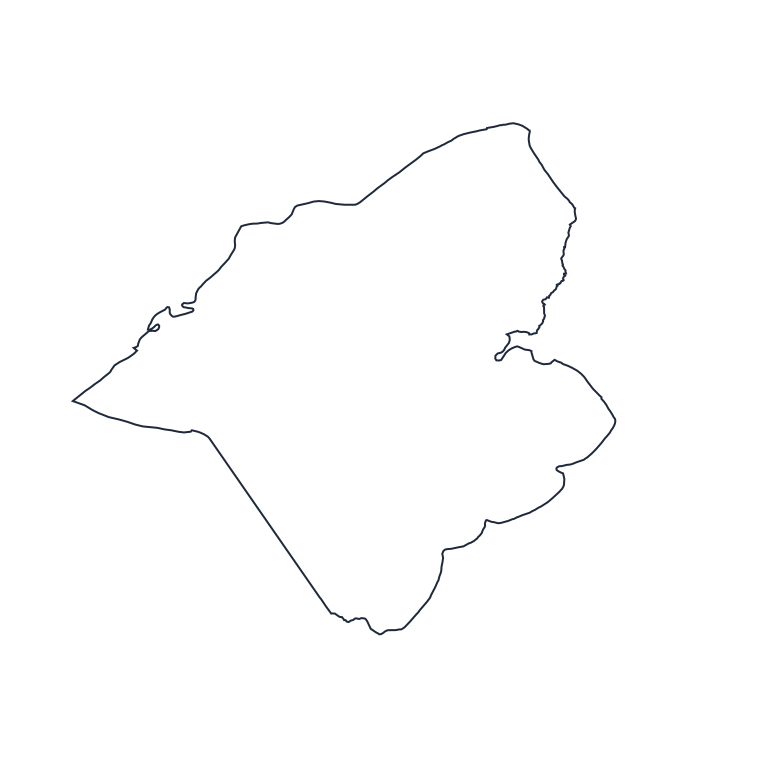 Prasat Sambour, Kâmpóng Thum, Cambodia, rotated 55°
{"feature_id": "14789045B86193170261556", "entity_name": "Prasat Sambour", "entity_type": "district", "adm_level": 2, "iso_a3": "KHM", "parent_name": "Cambodia", "parent_adm1": "Kâmpóng Thum", "projection": "natural_earth1", "projection_center": [105.145, 12.863], "detail": "fine", "context": "isolated", "style": "outline", "palette": "slate", "viewbox_px": 768, "rotation_deg": 55, "n_neighbors": 0, "source": "geoboundaries", "source_scale": "gbopen_adm2", "svg_char_len": 6165}
<svg xmlns="http://www.w3.org/2000/svg" viewBox="0 0 768 768"><g transform="rotate(55 384 384)"><path d="M217.7,609.2L218.3,614.8L218.2,620.6L218.5,627.1L218.4,632.6L219.5,648.7L229.8,641.4L238.0,637.8L244.1,634.5L253.2,628.5L261.2,621.3L267.7,616.0L274.8,610.8L280.4,605.9L290.1,594.6L295.2,589.9L300.2,584.5L305.3,579.7L308.9,575.7L312.2,569.7L311.7,567.9L316.3,563.9L318.4,562.4L321.9,560.3L326.2,558.5L328.4,558.2L522.0,559.1L524.0,558.9L532.7,559.1L541.8,558.9L542.3,557.9L543.9,555.9L548.2,554.4L549.6,553.7L550.8,552.1L551.5,552.2L552.7,551.9L554.6,552.1L555.4,550.9L557.2,550.8L558.6,549.7L558.8,548.7L558.7,547.1L559.6,544.6L559.5,542.0L560.5,540.7L561.7,539.7L562.3,539.0L562.8,536.8L565.1,534.2L566.7,533.8L569.0,533.9L576.9,535.3L582.9,533.0L585.2,531.8L586.3,531.5L587.3,529.6L587.4,527.3L587.3,524.4L587.9,522.0L592.2,515.8L593.8,512.3L595.0,510.4L595.1,507.8L595.0,506.3L593.7,499.7L591.4,490.3L590.7,486.9L589.8,484.4L587.0,473.5L585.5,468.9L583.8,466.3L579.8,458.6L576.7,453.5L576.2,452.2L573.1,448.6L571.5,446.1L569.6,444.0L566.7,441.7L563.4,438.2L560.3,435.3L556.6,433.7L554.9,431.3L554.7,428.8L555.8,426.4L557.5,423.6L560.6,416.3L562.6,412.0L563.2,405.9L563.8,404.0L564.2,400.4L564.0,398.3L564.0,396.4L563.4,395.0L563.0,392.2L562.1,389.3L560.9,387.7L559.9,386.0L559.0,383.7L558.2,382.6L556.1,381.3L555.1,380.0L554.2,378.7L554.5,377.7L557.5,375.8L559.3,374.3L560.3,373.1L563.5,370.4L564.8,368.0L567.1,361.6L567.7,359.5L568.3,356.6L569.0,354.9L569.3,353.3L569.4,351.6L569.8,350.6L570.8,346.0L573.0,338.4L573.2,335.3L573.7,332.8L573.9,328.7L574.4,325.4L574.7,317.5L574.1,311.1L572.9,302.2L572.3,299.8L572.1,298.4L570.8,295.7L569.8,294.4L565.2,290.7L559.9,288.6L558.5,289.6L555.7,291.1L553.5,291.9L552.0,291.2L551.6,290.3L551.6,289.3L551.8,288.0L552.3,286.8L553.1,285.8L555.0,280.9L556.9,277.4L557.6,275.2L558.5,271.3L560.7,263.7L560.6,262.1L560.7,259.6L560.1,253.6L558.8,246.8L556.9,239.3L555.1,233.7L554.8,232.0L553.5,227.1L552.3,224.6L551.1,221.3L549.1,217.8L547.8,216.4L546.5,215.4L545.1,214.8L543.0,214.9L539.9,214.5L535.8,214.3L533.3,214.4L529.0,213.9L524.7,213.9L520.8,214.4L519.6,213.4L517.4,214.0L507.7,215.6L498.5,216.0L495.2,215.9L492.8,216.0L488.5,216.7L483.7,218.2L478.3,220.8L474.8,222.8L470.2,226.0L468.2,226.6L464.8,229.1L462.1,230.3L462.1,231.5L462.3,234.4L462.7,235.4L462.2,237.1L459.3,242.0L456.0,244.6L451.4,247.4L449.5,247.4L443.0,245.2L441.6,244.3L439.7,245.5L436.6,248.9L431.2,252.1L429.5,253.4L428.7,255.9L428.0,259.6L427.9,262.9L428.4,266.4L431.5,274.2L430.9,276.0L429.1,278.4L426.9,278.2L424.7,276.4L424.2,273.3L425.5,270.0L425.5,267.9L424.9,265.8L423.8,264.1L422.0,258.1L420.2,255.9L418.4,254.7L416.8,254.0L413.8,254.9L416.1,246.8L416.9,245.5L416.9,244.3L418.6,243.3L420.1,241.8L421.2,239.9L422.7,238.0L423.9,237.0L425.7,236.0L426.7,236.6L428.1,234.5L428.5,232.2L429.3,231.0L429.8,229.7L428.5,228.6L427.6,227.3L427.7,226.3L427.1,225.7L426.9,224.4L425.4,223.5L425.6,222.6L425.1,219.9L424.7,218.8L423.9,217.7L422.9,217.2L422.7,216.3L421.9,214.8L421.1,214.1L420.5,213.0L417.8,212.2L412.7,208.7L411.8,208.9L411.0,208.1L411.2,206.8L410.1,206.9L409.2,207.5L407.3,207.3L406.8,206.6L406.4,205.6L406.5,204.7L407.1,203.4L407.1,202.3L406.5,200.7L407.9,199.5L407.3,198.6L406.6,198.3L406.3,196.3L405.5,195.3L405.6,192.5L405.0,191.2L405.0,189.5L404.6,188.3L403.2,186.7L403.1,185.6L401.9,185.6L401.9,184.7L402.6,183.4L402.2,182.5L402.7,181.8L402.1,181.0L401.5,179.5L402.0,178.6L402.1,177.4L401.3,177.0L400.6,177.1L399.6,176.0L399.2,174.7L399.2,173.5L397.6,173.8L396.9,173.3L397.9,171.5L396.1,170.9L395.0,170.1L393.6,170.3L390.7,169.8L389.3,169.8L388.7,168.8L387.7,168.8L384.8,167.3L383.5,167.2L382.7,166.7L381.6,163.4L381.0,162.4L378.3,160.9L377.3,160.1L376.9,159.0L375.2,158.0L375.8,157.2L372.8,154.6L371.6,153.2L370.2,151.3L368.7,147.6L367.3,146.7L365.8,146.2L362.7,142.3L361.8,140.5L360.0,140.3L360.1,134.0L359.3,132.5L358.2,131.6L356.5,131.0L352.3,129.0L350.5,127.6L349.7,126.6L348.7,127.1L346.2,126.8L344.4,126.8L341.7,127.5L339.9,127.3L337.7,127.5L333.8,128.6L321.7,129.4L315.6,129.6L306.0,129.4L300.7,129.8L294.8,129.1L291.4,129.3L288.6,128.9L280.8,128.8L275.0,128.4L272.4,128.0L267.9,125.9L265.8,124.6L262.5,121.6L261.5,120.4L260.8,119.7L259.9,119.3L259.0,119.9L257.4,120.2L252.0,122.5L248.6,124.8L244.7,128.3L242.8,131.8L241.1,136.1L239.9,137.8L239.5,139.2L238.5,140.5L237.9,142.6L236.2,146.9L234.2,151.0L233.4,152.9L234.2,153.7L231.0,160.6L230.2,162.9L227.2,169.8L225.0,175.6L224.2,178.3L223.4,181.7L223.3,184.4L223.1,186.1L223.3,188.8L222.5,193.6L222.2,197.2L221.7,199.4L221.5,201.8L220.4,208.0L218.8,214.0L217.6,219.4L218.2,223.5L218.6,229.3L218.9,242.7L219.4,249.9L219.2,258.6L219.3,263.8L219.7,267.8L219.9,277.1L220.4,282.5L220.7,289.7L221.4,299.2L221.2,302.8L220.5,305.0L214.6,313.4L208.9,320.2L205.0,323.6L200.3,328.2L196.8,332.4L194.2,337.0L192.3,342.5L188.1,352.7L188.0,355.3L188.8,357.2L192.1,362.3L192.9,366.1L193.4,370.5L193.7,371.9L193.8,374.4L193.0,377.4L191.9,379.3L187.0,384.7L185.6,385.7L184.7,386.9L181.4,392.6L180.1,395.4L177.4,399.6L176.1,402.0L173.8,407.6L172.9,410.5L178.6,422.0L181.3,424.3L185.0,426.4L187.1,428.3L188.0,429.7L190.5,435.6L192.3,439.2L193.7,445.3L194.6,449.8L195.8,453.7L196.2,455.8L197.2,465.5L197.4,470.5L198.4,475.4L199.1,477.9L199.3,479.9L199.8,481.9L202.0,485.9L205.2,488.8L206.6,489.8L207.5,490.9L207.9,492.3L207.5,494.1L206.9,495.5L205.5,498.4L202.9,501.5L202.9,502.8L203.2,503.9L204.0,504.4L205.4,504.3L206.2,504.0L207.8,502.3L209.9,500.4L211.9,497.9L212.9,497.3L214.1,497.6L214.6,498.6L214.7,499.7L212.5,506.8L211.0,510.6L209.5,515.0L208.5,517.3L207.7,518.3L206.2,518.8L203.6,519.0L202.0,518.2L200.4,516.9L197.9,516.1L196.7,517.4L196.9,518.9L197.5,520.7L196.8,525.7L196.5,529.5L196.8,532.6L197.2,534.2L198.3,536.9L200.3,540.1L201.4,543.0L204.0,546.2L205.1,545.1L205.5,542.9L205.5,540.1L205.0,537.2L205.5,535.0L207.2,534.7L208.5,535.6L209.6,537.4L209.5,540.9L207.5,543.2L205.8,546.2L206.6,554.7L206.9,556.6L207.5,558.6L209.0,560.7L209.8,562.0L211.1,563.3L211.7,564.2L211.6,565.7L210.9,568.3L215.0,567.2L215.1,568.3L215.5,569.6L215.8,572.6L215.8,578.7L214.4,587.9L214.2,594.1L216.3,599.9L216.9,600.8L217.3,602.5L217.7,609.2Z" fill="none" stroke="#1e293b" stroke-width="2"/></g></svg>